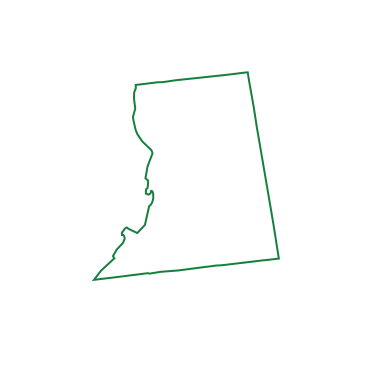 District of Columbia, District of Columbia, United States of America (Robinson projection), rotated 37°
{"feature_id": "52423323B55530972166869", "entity_name": "District of Columbia", "entity_type": "district", "adm_level": 2, "iso_a3": "USA", "parent_name": "United States of America", "parent_adm1": "District of Columbia", "projection": "robinson", "projection_center": [-77.036, 38.894], "detail": "fine", "context": "isolated", "style": "outline", "palette": "green", "viewbox_px": 384, "rotation_deg": 37, "n_neighbors": 0, "source": "geoboundaries", "source_scale": "gbopen_adm2", "svg_char_len": 1121}
<svg xmlns="http://www.w3.org/2000/svg" viewBox="0 0 384 384"><g transform="rotate(37 192 192)"><path d="M82.6,140.4L84.6,142.8L85.9,147.3L89.2,152.0L96.6,159.7L99.6,167.5L101.9,169.8L109.7,176.4L113.4,178.6L121.7,181.5L125.7,182.0L134.3,183.0L136.2,184.1L137.2,184.9L141.1,198.3L146.6,209.1L149.7,209.2L150.9,210.3L154.0,215.3L153.8,217.8L156.1,221.0L159.0,220.2L159.7,218.1L158.7,215.7L159.9,215.3L162.0,216.7L162.1,216.8L164.9,220.4L166.5,224.3L166.7,227.2L166.3,229.1L174.0,246.1L174.2,246.6L173.0,257.7L163.8,259.6L161.2,259.6L160.9,260.4L160.4,261.8L160.5,266.6L161.9,268.5L162.9,267.7L164.3,267.9L166.4,269.8L167.5,274.3L166.5,283.4L167.5,290.8L169.9,291.7L166.7,309.5L166.6,321.1L181.8,306.5L205.7,283.3L207.2,282.8L214.8,274.8L228.5,262.7L246.7,244.8L250.7,241.0L255.3,236.4L259.5,232.9L290.1,203.6L291.1,202.7L299.9,194.4L301.4,192.9L282.5,174.6L274.6,167.0L267.5,160.3L215.6,111.4L204.5,101.0L204.4,100.9L198.5,95.1L192.8,89.6L190.9,87.7L169.4,67.7L164.5,62.9L162.9,64.3L150.7,76.1L132.7,93.0L118.0,106.7L112.0,112.3L102.5,121.9L98.5,125.1L82.6,140.4Z" fill="none" stroke="#15803d" stroke-width="2"/></g></svg>